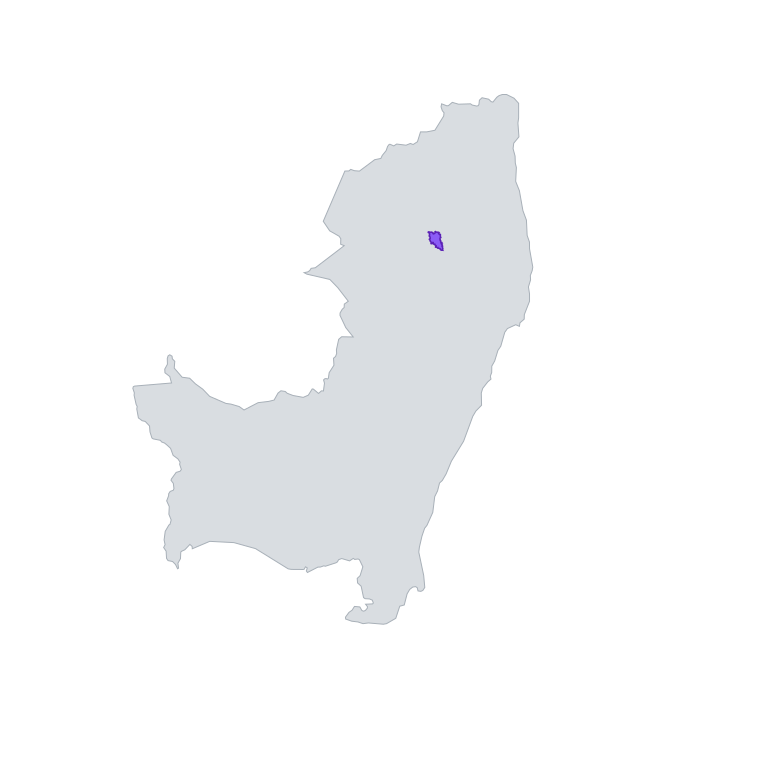 location of Anta, Cusco, Peru, rotated 232°
{"feature_id": "86281439B22932308486268", "entity_name": "Anta", "entity_type": "district", "adm_level": 2, "iso_a3": "PER", "parent_name": "Peru", "parent_adm1": "Cusco", "projection": "orthographic", "projection_center": [-72.385, -13.499], "detail": "fine", "context": "in_parent", "style": "filled", "palette": "violet", "viewbox_px": 768, "rotation_deg": 232, "n_neighbors": 0, "source": "geoboundaries", "source_scale": "gbopen_adm2", "svg_char_len": 7361}
<svg xmlns="http://www.w3.org/2000/svg" viewBox="0 0 768 768"><g transform="rotate(232 384 384)"><path d="M539.1,231.2L538.9,233.2L536.4,234.1L534.1,232.7L530.7,233.1L525.7,228.5L513.6,229.1L508.2,234.4L500.2,235.5L491.5,238.0L481.6,239.0L466.0,247.5L462.4,251.0L455.4,256.0L449.7,257.7L446.8,273.3L441.3,282.4L439.0,287.5L442.1,294.9L442.1,298.6L438.9,301.6L436.3,302.0L431.0,305.2L423.2,312.1L421.8,317.5L424.3,324.4L423.5,325.2L416.9,326.6L417.1,330.5L415.8,332.0L421.3,337.6L424.4,338.9L424.6,340.3L424.0,341.7L422.8,342.4L422.7,343.6L426.7,347.8L429.6,356.1L435.4,360.1L435.5,362.8L437.2,365.5L440.2,367.5L447.1,375.8L447.3,379.7L440.0,388.7L452.0,388.6L465.2,391.6L467.0,393.1L468.6,397.1L468.8,399.7L471.4,401.9L471.2,406.8L488.5,406.9L499.7,405.7L518.0,390.9L520.9,389.6L519.3,392.9L519.1,395.2L520.0,397.8L517.9,401.4L517.5,437.8L520.8,435.9L525.1,439.4L528.1,439.6L538.1,435.5L549.6,436.3L575.9,484.3L573.5,487.5L573.6,489.9L570.3,492.0L566.9,495.7L566.5,514.7L563.7,520.4L565.2,523.4L566.6,529.4L569.0,533.1L569.6,535.4L569.3,536.3L565.6,538.3L565.3,541.7L558.6,548.4L557.3,552.9L554.8,554.4L554.3,559.5L560.2,568.0L556.3,573.0L552.6,580.3L558.4,596.0L560.8,598.3L563.4,598.2L567.3,599.6L569.3,601.9L564.5,604.8L563.7,606.1L563.9,611.2L558.6,615.0L551.5,624.7L549.6,625.2L546.0,628.1L545.3,629.6L545.9,631.0L548.9,633.9L549.2,637.5L544.0,641.8L540.5,642.3L539.1,643.4L540.5,649.5L540.4,652.2L539.3,655.4L536.7,658.8L529.2,662.4L522.3,662.9L510.8,653.9L507.2,650.2L495.7,642.5L493.9,634.5L490.0,630.6L482.9,627.6L477.3,623.5L473.1,621.6L462.6,612.5L453.0,609.7L435.1,600.2L425.4,597.1L413.0,588.3L406.3,586.0L400.9,581.9L384.5,573.2L382.0,570.4L379.4,566.1L375.8,563.6L371.6,557.6L365.5,554.2L359.6,549.6L352.3,537.3L348.8,534.4L348.5,528.8L346.1,526.2L349.6,524.3L351.7,515.4L350.4,511.0L341.9,499.3L340.3,494.4L334.0,485.4L331.7,479.9L326.8,476.0L324.7,472.6L322.0,471.3L321.8,467.1L319.8,459.1L317.0,455.1L307.2,447.8L306.1,439.7L303.9,434.1L289.9,411.5L281.7,389.6L274.9,377.6L272.1,370.6L271.8,366.8L266.8,360.4L264.0,354.6L252.8,343.4L246.2,330.9L245.3,327.2L240.8,320.3L233.6,311.4L230.1,307.9L208.7,297.4L198.6,290.9L197.4,287.5L197.9,285.4L200.0,283.4L203.1,284.8L204.9,284.1L206.3,281.6L206.3,277.8L204.4,273.0L197.4,263.9L199.2,259.6L192.1,249.0L193.6,238.4L195.1,235.6L205.3,224.6L208.1,219.9L212.5,217.0L217.0,212.5L222.4,209.1L224.0,210.1L225.6,215.8L225.4,219.6L226.9,223.8L223.2,227.7L219.1,227.1L217.5,228.1L217.0,229.9L217.6,232.8L218.7,233.9L221.8,233.9L217.7,239.7L218.0,240.8L220.9,241.7L223.6,240.2L226.5,236.9L228.3,236.4L238.7,241.5L243.5,240.7L247.3,243.2L247.7,247.2L253.0,254.8L260.8,256.5L262.1,255.8L263.8,252.9L265.5,252.4L265.8,248.0L272.5,243.2L273.5,240.0L272.5,237.8L272.7,236.0L276.5,225.6L277.8,224.6L278.9,221.2L280.4,219.2L282.6,207.6L284.5,207.7L286.3,210.3L288.3,209.6L287.2,207.0L287.6,206.1L295.0,196.8L297.3,194.7L333.4,181.4L351.4,168.1L367.3,149.8L372.2,131.5L374.1,132.8L377.1,132.3L376.0,125.0L376.8,121.5L376.7,120.4L371.7,116.1L369.7,111.3L365.4,108.7L365.5,107.6L370.1,108.6L374.3,108.1L377.8,105.1L380.5,105.3L386.4,109.4L390.8,109.7L392.2,112.6L396.5,114.7L402.6,120.9L405.3,127.7L405.2,129.0L407.9,132.6L413.8,134.3L419.6,139.3L425.7,140.8L428.5,145.4L430.1,146.8L431.0,149.4L430.0,152.5L430.9,154.1L435.4,156.8L439.3,156.9L440.1,158.2L442.3,165.8L440.8,169.6L441.4,171.7L446.5,173.5L448.0,175.2L451.9,175.5L457.6,173.9L464.7,176.2L470.1,175.3L472.6,174.7L475.2,173.1L477.3,173.1L482.9,168.3L484.4,167.9L490.3,170.1L495.3,173.4L501.5,172.8L504.0,170.8L508.5,169.6L516.5,173.8L518.3,175.7L520.5,176.1L529.1,180.2L530.7,181.8L535.2,183.4L536.2,184.8L535.9,186.2L515.6,217.2L521.8,219.8L527.7,218.3L530.7,220.4L532.9,225.5L537.5,228.9L539.1,231.2Z" fill="#d9dde1" stroke="#a8b0b8" stroke-width="1"/><path d="M464.6,518.4L464.6,518.6L464.4,518.7L464.4,518.8L464.5,518.9L464.5,519.0L464.9,519.1L465.1,519.1L465.5,519.2L465.6,519.3L465.9,519.6L466.0,519.7L466.3,519.7L466.4,519.8L466.5,519.9L466.6,520.0L466.8,520.0L467.1,520.2L467.1,520.3L467.2,520.5L467.6,520.3L467.6,520.2L467.8,519.9L468.1,519.9L468.2,519.7L468.6,519.8L468.7,519.7L468.8,519.7L468.8,519.8L469.0,520.0L469.1,519.9L469.2,520.1L469.6,520.4L469.6,520.6L470.0,520.4L470.1,520.2L470.3,520.0L470.5,519.9L470.7,519.7L470.8,519.4L470.9,519.2L471.0,519.1L471.3,518.9L471.5,518.7L471.8,518.6L472.0,518.6L472.3,518.5L472.5,518.4L472.5,518.2L472.5,517.9L472.4,517.9L472.2,517.8L472.1,517.7L471.9,517.5L471.7,517.4L471.6,517.2L471.5,516.8L471.5,516.7L471.6,516.2L471.8,516.1L471.8,515.9L471.7,515.7L471.8,515.4L472.1,515.2L472.3,515.2L472.5,515.3L472.6,515.5L472.8,515.6L473.0,515.7L473.3,515.7L473.5,515.6L473.7,515.3L473.8,515.2L474.0,515.1L474.2,514.9L474.4,515.0L474.5,514.9L474.7,514.6L474.8,514.2L475.0,514.1L475.0,513.8L475.1,513.7L475.3,513.5L475.4,513.4L475.5,513.4L476.0,513.3L476.1,513.1L476.3,513.0L476.3,512.8L476.4,512.6L476.5,512.5L476.5,512.4L476.4,512.3L476.2,512.3L476.1,512.2L475.8,512.4L475.5,512.5L475.3,512.6L475.0,512.7L474.7,512.6L474.6,512.4L474.4,512.2L474.2,512.0L473.7,512.0L473.5,511.8L473.3,511.7L473.2,511.6L473.0,511.2L473.0,510.9L472.8,510.8L472.7,510.7L472.3,510.7L471.9,510.8L471.7,510.8L471.4,510.8L471.3,510.7L471.2,510.6L470.9,510.3L470.8,510.2L470.7,510.3L470.6,510.2L470.2,510.0L470.2,509.9L470.2,509.7L470.1,509.3L470.1,509.2L470.2,508.9L470.0,508.7L469.9,508.7L469.7,508.8L469.4,508.9L469.2,508.8L468.9,508.8L468.7,508.8L468.3,508.6L468.2,508.5L468.2,508.4L467.7,508.4L467.5,508.5L467.3,508.4L467.1,508.3L467.2,508.2L466.9,508.3L466.7,508.4L466.4,508.3L466.2,508.2L466.1,507.8L465.9,507.7L465.7,507.5L465.3,507.8L465.2,507.9L465.0,508.1L465.1,508.3L465.0,508.5L465.1,509.0L465.3,509.2L465.3,509.3L465.4,509.5L465.5,509.7L465.4,509.8L465.2,509.9L464.9,509.8L464.8,509.7L464.7,509.6L464.4,509.4L464.2,509.3L463.8,509.4L463.7,509.4L463.4,509.3L463.2,509.4L463.3,509.5L463.1,509.7L463.0,509.9L462.9,509.8L462.6,509.9L462.4,509.8L462.2,510.0L461.8,510.0L461.7,510.0L461.5,509.9L461.4,510.0L461.1,510.2L460.9,510.1L460.6,510.2L460.4,510.0L460.4,509.8L460.5,509.5L460.5,509.4L460.4,509.3L460.3,509.0L460.2,508.9L460.0,509.0L459.9,509.0L459.6,509.5L459.4,509.6L459.2,509.8L458.8,509.8L458.7,509.9L458.5,510.0L458.2,510.4L458.2,510.5L457.8,510.4L457.7,510.2L457.6,510.3L457.4,510.5L457.2,510.7L457.0,510.9L456.7,511.0L456.4,511.1L456.0,511.2L455.9,511.4L455.8,511.6L455.5,511.6L455.3,511.5L455.2,511.3L455.0,511.2L454.9,511.2L454.8,511.3L454.7,511.4L454.5,511.5L454.4,511.5L454.2,511.5L453.8,511.9L453.6,512.2L453.6,512.3L453.4,512.5L453.5,512.5L453.7,512.8L453.8,512.9L454.1,513.2L454.1,513.4L454.2,513.5L454.3,513.6L454.5,513.6L454.7,513.8L454.8,513.8L455.0,513.8L455.3,514.0L455.5,514.2L455.7,514.3L455.9,514.4L456.1,514.5L456.3,514.6L456.4,514.8L456.5,514.7L456.9,514.5L457.0,514.6L457.1,514.8L457.3,515.0L457.4,515.3L457.5,515.4L457.7,515.2L457.8,515.2L458.0,515.3L458.2,515.5L458.3,515.4L458.6,515.4L458.6,515.6L458.8,515.8L458.8,516.0L459.0,515.9L459.1,516.0L459.1,515.9L459.3,516.0L459.5,515.9L459.7,515.7L459.8,515.7L460.1,515.7L460.3,515.9L460.3,516.0L460.5,516.1L460.5,516.3L460.8,516.1L461.0,516.1L461.1,516.3L461.3,516.4L461.5,516.4L461.6,516.5L461.8,516.6L461.9,516.8L462.0,516.9L462.3,516.8L462.5,516.8L462.8,516.8L462.8,517.0L463.0,517.1L463.4,517.3L463.5,517.3L463.8,517.3L464.0,517.5L464.3,517.8L464.5,518.0L464.6,518.3L464.6,518.4Z" fill="#8b5cf6" stroke="#5b21b6" stroke-width="1.5"/></g></svg>